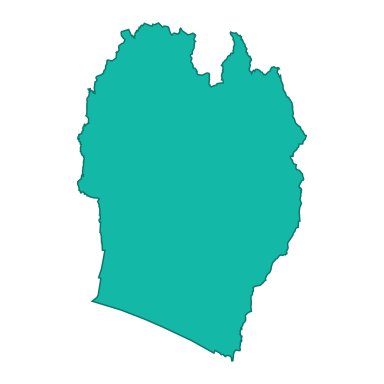 the district of Purworejo, Jawa Tengah, Indonesia
{"feature_id": "22746128B47019757463267", "entity_name": "Purworejo", "entity_type": "district", "adm_level": 2, "iso_a3": "IDN", "parent_name": "Indonesia", "parent_adm1": "Jawa Tengah", "projection": "equal_earth", "projection_center": [109.987, -7.708], "detail": "fine", "context": "isolated", "style": "filled", "palette": "teal", "viewbox_px": 384, "rotation_deg": 0, "n_neighbors": 0, "source": "geoboundaries", "source_scale": "gbopen_adm2", "svg_char_len": 5776}
<svg xmlns="http://www.w3.org/2000/svg" viewBox="0 0 384 384"><path d="M92.1,301.2L121.0,310.0L144.3,319.0L161.9,326.6L191.6,340.6L213.9,353.1L215.1,350.4L219.6,352.9L221.4,354.7L223.2,354.4L225.0,356.4L225.7,356.5L225.7,355.8L227.8,355.4L230.3,356.2L231.4,357.4L231.5,359.5L232.0,361.0L232.9,360.6L233.7,353.2L235.0,350.7L236.3,349.9L238.6,350.6L239.9,350.6L240.2,350.1L239.8,346.6L240.2,345.8L240.6,340.9L241.5,341.4L241.7,340.6L241.3,338.0L241.7,337.7L241.9,336.7L241.7,336.0L241.0,336.2L240.4,334.9L240.6,334.5L240.4,333.6L240.2,333.7L240.4,333.0L240.1,331.1L240.7,329.4L241.7,329.5L241.8,328.2L240.9,327.9L242.7,325.3L243.3,323.1L244.4,322.4L245.7,320.2L245.4,315.5L246.0,314.4L249.2,312.0L251.4,311.3L250.9,306.9L251.4,302.2L250.9,298.7L251.1,295.8L252.0,295.1L252.5,294.0L252.5,291.8L253.3,291.3L253.3,287.2L255.3,286.2L260.0,285.3L263.3,282.6L264.5,280.8L265.7,280.3L265.5,278.2L266.5,275.9L267.5,274.2L269.7,272.5L271.1,269.1L271.2,267.3L271.9,264.8L273.2,261.9L274.8,260.7L275.4,259.3L277.2,258.4L279.5,255.4L281.1,255.0L282.7,255.4L284.5,254.5L285.4,254.8L285.8,254.0L286.9,253.7L286.5,251.4L288.1,248.0L287.6,244.9L287.7,242.9L292.9,235.1L293.3,233.3L294.9,231.2L295.7,228.6L296.5,227.8L298.1,227.4L298.6,221.3L299.9,221.1L299.2,211.9L299.7,207.6L301.4,203.6L300.0,199.2L300.8,195.6L300.7,193.6L301.2,192.7L301.2,191.2L300.9,190.8L301.5,190.4L301.6,189.7L300.6,187.9L299.7,187.9L299.0,186.4L300.3,183.2L302.1,180.4L303.2,180.1L303.7,179.0L302.6,175.9L302.6,174.7L302.0,173.5L299.4,170.4L296.8,169.6L296.2,169.0L295.8,167.1L296.3,164.7L293.9,163.9L292.7,162.3L292.5,160.5L290.4,157.9L290.4,156.5L291.2,156.0L292.1,156.6L292.6,155.8L293.1,156.0L293.2,153.7L293.7,152.2L296.8,149.5L297.0,148.3L298.6,147.0L299.0,144.1L302.7,143.9L303.2,141.3L305.3,139.0L306.3,135.6L304.7,135.1L302.9,131.4L301.0,129.3L300.4,127.3L299.7,126.4L298.8,126.2L295.6,123.1L294.2,118.6L292.6,116.5L293.3,113.5L292.6,110.1L292.6,108.2L292.3,107.8L292.7,107.0L291.9,102.8L288.6,97.5L287.4,97.2L286.2,95.6L285.2,92.3L284.2,91.6L284.0,90.4L283.2,89.8L282.9,84.8L281.1,80.6L280.5,75.6L279.5,77.0L278.3,74.0L277.0,72.6L277.8,69.6L278.5,68.7L279.2,68.8L278.7,67.8L277.6,67.7L276.7,68.3L273.9,66.8L271.6,67.5L269.9,71.1L267.9,72.3L265.5,74.8L263.7,74.2L263.5,74.5L262.2,72.3L261.0,72.0L259.4,70.3L257.1,69.3L255.4,69.5L254.7,71.5L253.4,70.4L252.5,71.5L251.7,73.6L251.1,72.2L249.5,70.8L249.5,69.3L249.1,68.8L249.7,67.7L250.3,64.9L249.8,63.9L249.8,62.8L250.4,61.9L250.3,61.1L251.3,60.5L251.2,58.9L250.5,58.1L250.0,56.3L248.8,56.4L247.5,54.2L247.5,52.9L245.9,52.0L246.3,51.2L246.2,49.8L246.9,49.0L245.0,46.2L245.0,44.6L243.3,42.4L242.8,40.6L242.1,39.7L241.2,39.6L241.7,38.6L241.3,38.0L241.3,36.6L240.6,36.4L240.3,35.6L239.7,35.9L238.0,35.0L236.1,32.8L234.8,33.4L232.7,32.8L232.2,33.0L230.8,32.0L230.4,32.5L230.5,34.1L233.0,37.2L233.3,38.2L233.0,39.6L234.1,41.3L234.6,43.8L234.4,45.1L233.6,46.8L233.5,49.9L233.0,50.6L233.5,52.6L232.9,53.6L232.3,53.0L230.8,53.4L230.2,55.5L229.0,55.5L227.8,56.6L226.7,59.2L224.7,60.6L224.5,61.3L223.0,62.6L222.3,64.6L221.4,65.3L221.5,65.7L222.7,65.9L222.9,66.4L223.1,68.3L222.5,70.9L223.2,71.5L223.1,72.1L222.2,72.8L221.5,76.1L222.2,77.9L221.5,79.8L223.1,80.1L223.3,82.9L218.1,83.4L217.1,83.7L216.5,85.0L213.7,85.7L211.6,86.9L210.1,86.2L209.9,84.9L208.8,84.0L209.5,79.4L209.3,78.6L209.5,76.0L209.0,75.1L209.5,74.5L208.9,73.3L206.9,73.0L202.3,75.2L197.7,74.7L196.9,72.9L197.1,71.6L196.5,71.3L196.7,70.4L195.0,68.3L193.3,68.1L193.0,65.4L192.3,63.6L190.7,61.7L191.9,58.2L190.5,56.3L190.4,54.8L192.2,54.0L192.3,51.5L194.0,48.1L194.5,42.2L195.5,41.3L194.2,40.3L193.8,39.3L195.5,35.6L195.2,34.8L194.3,34.9L194.0,33.7L192.7,33.2L189.6,34.6L188.0,34.8L182.0,30.6L181.0,28.5L180.5,28.2L179.8,29.5L179.5,33.0L178.4,33.2L177.9,34.2L174.3,33.1L173.5,33.4L171.7,35.1L170.4,33.2L168.7,27.8L168.0,26.8L165.8,26.2L163.5,26.3L162.7,27.3L158.6,23.0L154.4,24.8L152.9,24.2L152.0,26.3L144.4,23.4L142.7,25.8L141.9,25.3L141.3,25.4L140.2,27.1L139.2,27.4L139.5,28.3L138.5,29.1L138.0,30.9L137.4,30.4L136.6,30.6L136.3,32.1L135.6,32.4L135.1,33.4L135.1,35.2L134.5,35.9L134.7,38.1L133.4,37.4L132.5,35.5L131.4,35.7L128.7,29.5L121.5,31.7L121.1,32.8L121.5,35.7L123.6,38.5L124.7,39.2L124.9,40.1L123.4,43.2L121.9,43.5L119.0,45.7L118.7,46.6L119.1,49.9L117.6,52.2L116.7,52.0L116.1,52.7L116.5,53.4L116.1,58.1L112.1,60.9L107.8,60.0L107.0,60.5L106.8,64.1L105.8,65.4L105.3,69.6L104.1,70.4L103.4,73.1L101.5,74.7L97.0,76.3L96.2,77.1L96.0,77.9L97.0,80.1L96.9,80.8L95.0,82.1L94.3,87.8L95.0,93.4L93.3,93.1L93.1,92.0L93.4,91.6L93.0,91.2L91.0,90.6L90.6,91.0L90.4,89.3L89.7,90.1L89.5,89.8L89.9,88.8L88.2,89.2L89.4,90.8L89.1,92.3L89.4,93.1L88.9,95.9L87.3,98.1L86.9,99.6L87.2,101.8L86.8,105.3L87.1,106.1L86.8,107.2L87.0,111.6L86.7,114.4L86.0,115.8L88.0,117.3L88.6,119.1L88.4,121.9L88.8,123.3L87.4,123.6L85.3,125.7L84.7,124.2L84.3,124.3L84.1,125.8L83.1,127.1L82.8,128.4L83.3,130.1L82.2,131.3L81.5,133.7L78.8,134.6L78.9,135.8L77.9,137.2L78.6,138.2L77.8,138.8L78.1,139.3L79.1,138.9L78.9,141.0L79.2,141.6L80.3,141.9L80.4,144.2L81.3,144.4L80.4,148.2L80.6,149.0L80.4,151.4L81.2,151.9L81.1,152.7L81.7,154.4L82.6,155.5L83.5,155.8L83.7,157.5L84.3,158.4L83.4,161.9L83.6,165.4L82.9,167.2L83.0,168.9L82.6,170.3L82.7,171.8L82.3,174.4L83.5,174.6L83.3,176.2L81.6,175.8L81.2,178.7L77.8,181.6L77.7,183.9L79.0,187.7L79.1,190.5L80.3,191.0L80.5,192.4L81.0,193.0L82.5,191.8L84.3,192.6L84.4,194.2L86.3,194.0L87.2,195.9L88.1,195.7L89.4,196.6L94.7,198.0L97.6,197.9L98.4,198.8L99.2,199.0L97.7,201.5L99.2,204.9L99.0,206.3L99.8,208.6L99.9,213.4L99.5,214.9L100.1,215.0L100.4,219.2L99.2,219.4L99.1,220.5L99.6,222.1L100.6,222.1L100.0,232.5L100.7,232.9L101.3,235.8L101.6,242.9L101.9,242.9L102.1,243.5L102.4,250.3L104.9,250.4L101.6,268.5L98.6,277.7L100.9,278.3L98.2,295.1L96.8,297.6L92.1,301.2Z" fill="#14b8a6" stroke="#0f766e" stroke-width="1.5"/></svg>